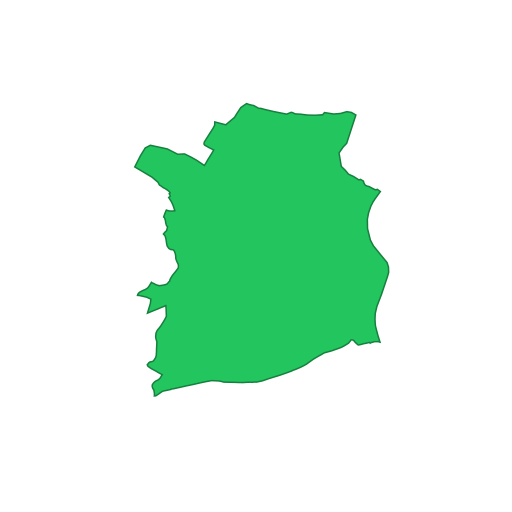 Ibadan North, Oyo, Nigeria (Albers equal-area conic projection), rotated 31°
{"feature_id": "59680162B6783963116345", "entity_name": "Ibadan North", "entity_type": "district", "adm_level": 2, "iso_a3": "NGA", "parent_name": "Nigeria", "parent_adm1": "Oyo", "projection": "albers", "projection_center": [3.902, 7.422], "detail": "fine", "context": "isolated", "style": "filled", "palette": "green", "viewbox_px": 512, "rotation_deg": 31, "n_neighbors": 0, "source": "geoboundaries", "source_scale": "gbopen_adm2", "svg_char_len": 4448}
<svg xmlns="http://www.w3.org/2000/svg" viewBox="0 0 512 512"><g transform="rotate(31 256 256)"><path d="M392.3,251.5L390.5,248.8L387.8,243.8L385.6,237.0L383.3,224.1L379.2,205.5L378.1,201.6L375.2,197.2L371.7,194.1L361.8,190.6L351.4,186.8L345.8,183.4L337.5,175.1L332.5,167.1L330.2,160.8L328.8,154.1L328.5,150.0L328.6,146.1L329.4,136.7L325.6,136.4L324.5,137.7L322.9,137.9L320.4,138.1L317.2,138.2L315.1,138.9L312.9,139.0L310.7,137.7L309.6,136.5L306.1,136.5L305.0,137.8L302.8,137.7L298.7,137.6L293.1,138.2L288.3,136.5L283.0,135.3L274.1,124.9L274.6,117.6L275.7,112.8L269.0,83.7L263.8,83.8L259.5,85.5L255.0,90.3L249.6,94.2L240.8,97.8L240.4,100.6L234.3,104.8L227.7,108.6L221.1,111.5L216.4,114.0L213.4,114.3L212.2,114.7L209.2,118.6L196.4,123.2L188.6,125.7L184.0,127.0L182.3,128.0L176.6,128.2L172.5,129.6L169.4,130.2L166.5,136.6L166.2,144.8L166.2,148.2L162.5,159.1L151.6,162.3L153.2,165.1L153.4,168.7L153.2,174.9L153.0,184.7L153.3,185.9L153.7,186.8L154.9,187.4L159.8,187.3L165.1,186.9L165.2,188.9L165.2,192.8L165.1,198.0L165.2,202.4L165.1,205.0L161.7,204.8L155.7,204.5L149.3,204.7L142.2,205.3L136.5,209.1L124.8,209.9L108.4,215.5L105.4,220.4L105.3,229.6L106.2,242.1L126.4,242.0L134.1,243.3L135.8,244.4L136.7,244.9L138.5,244.9L141.3,245.2L143.6,245.0L146.6,245.2L148.0,245.4L149.8,246.0L149.8,246.6L149.5,247.3L151.6,248.7L151.7,249.2L151.0,250.8L154.6,252.6L155.9,253.3L158.9,255.4L160.0,256.3L163.1,259.0L161.5,260.3L160.8,260.8L158.1,262.2L155.5,262.8L155.6,263.9L156.0,266.5L156.7,270.1L158.1,270.5L160.2,272.4L161.4,273.9L163.2,275.7L164.3,276.3L165.1,276.4L166.3,280.3L165.7,282.4L165.3,284.8L167.7,285.6L169.6,287.3L171.2,289.2L172.9,291.3L174.6,293.1L177.3,294.4L179.4,294.4L179.5,294.4L181.7,293.4L182.8,293.5L184.0,294.3L185.4,295.4L187.3,297.5L188.5,299.4L189.8,300.6L191.6,301.9L193.6,303.2L194.8,304.7L195.5,306.4L195.1,310.5L194.4,315.2L194.3,318.5L194.5,320.9L195.0,322.0L194.7,322.6L194.5,323.5L194.4,324.7L194.1,325.9L193.5,326.7L192.6,327.7L191.4,328.8L189.5,330.4L188.1,331.4L187.8,331.4L185.8,332.0L184.4,332.2L184.1,332.2L182.7,332.2L180.9,332.5L179.9,332.4L179.9,336.7L179.7,338.5L179.6,339.2L178.3,341.9L177.3,343.1L175.8,345.4L174.9,346.9L174.5,348.3L174.4,349.3L174.5,350.0L174.7,350.8L175.7,350.3L176.8,349.8L183.6,347.6L188.1,347.1L189.9,351.1L192.4,360.9L204.2,345.0L205.7,346.9L208.2,350.8L209.4,352.6L210.2,353.8L210.3,354.6L210.5,357.7L210.5,361.2L210.4,363.3L210.4,364.3L210.4,364.8L210.3,365.6L210.2,366.9L209.9,368.7L209.7,370.1L209.7,371.7L209.9,372.8L210.1,373.9L210.8,375.2L211.3,376.4L211.9,377.4L213.2,378.8L214.8,380.2L215.4,380.9L216.1,382.2L217.3,384.4L218.9,387.5L219.4,388.2L219.7,388.8L220.1,389.5L220.9,391.1L221.6,392.4L221.9,393.2L222.1,394.1L222.3,395.4L222.2,397.3L222.2,397.9L222.1,398.7L221.8,399.3L221.4,399.9L220.5,400.7L219.8,401.3L219.4,401.9L219.1,402.7L219.0,403.7L218.8,405.3L219.4,405.6L220.2,406.2L224.0,406.5L229.9,406.2L233.5,406.2L236.7,406.0L236.7,410.2L236.0,412.5L234.6,414.6L234.2,415.3L233.6,417.3L233.4,419.7L233.8,420.5L234.2,421.3L235.8,422.7L237.5,423.5L239.1,425.4L239.9,426.4L240.2,427.1L240.7,427.6L240.9,428.3L242.0,427.6L242.5,426.7L243.0,425.7L243.8,424.0L245.6,420.0L251.7,414.3L251.6,414.1L252.4,413.3L253.7,412.3L254.4,411.6L255.2,410.8L255.9,410.2L256.6,409.5L262.7,403.7L263.3,403.0L263.9,402.6L264.3,402.2L268.4,398.4L273.9,393.1L277.9,389.4L282.1,385.7L282.8,385.3L285.6,383.8L288.6,382.2L290.5,381.5L293.3,380.7L297.9,378.1L301.7,375.9L307.3,372.8L310.0,371.2L313.6,368.7L316.6,366.8L317.0,366.6L317.9,366.2L318.2,365.9L319.3,365.0L321.4,363.8L325.8,359.7L330.4,354.2L338.2,345.5L342.5,340.3L345.8,336.2L346.7,334.7L347.1,334.3L348.4,332.7L351.0,329.1L352.1,327.5L354.0,324.4L355.0,322.6L356.4,319.3L357.1,317.7L357.7,316.3L358.6,314.3L359.7,312.3L360.9,310.1L361.1,309.7L362.6,307.2L363.5,305.5L364.2,304.2L365.0,303.2L366.4,301.8L367.6,300.5L368.7,299.4L370.4,297.5L372.3,295.1L373.6,293.6L374.3,292.7L375.4,291.4L376.5,289.9L377.7,287.9L378.7,286.0L380.0,283.5L380.3,282.7L380.4,281.8L380.6,280.4L380.7,279.4L380.8,278.8L381.6,278.4L382.5,278.1L383.3,278.2L383.8,278.2L384.4,278.5L385.1,278.8L386.4,279.1L387.8,279.4L389.0,279.6L389.7,279.5L391.3,278.0L393.6,275.6L395.3,274.1L396.5,272.9L397.1,272.3L397.4,272.0L397.6,271.8L397.8,271.7L398.2,271.9L398.7,271.9L399.1,271.5L399.3,270.9L400.1,270.1L401.7,268.4L403.2,267.5L405.2,266.3L405.8,266.3L406.7,266.0L401.3,261.2L397.7,257.7L394.4,254.4L392.3,251.5Z" fill="#22c55e" stroke="#15803d" stroke-width="1.5"/></g></svg>